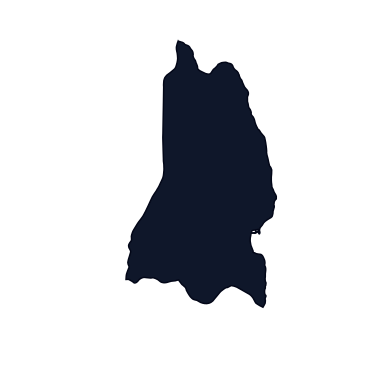 Bolungarvíkurkaupstaður, Vestfirðir, Iceland (Mercator projection), rotated 58°
{"feature_id": "244011B6311767935335", "entity_name": "Bolungarvíkurkaupstaður", "entity_type": "district", "adm_level": 2, "iso_a3": "ISL", "parent_name": "Iceland", "parent_adm1": "Vestfirðir", "projection": "mercator", "projection_center": [-23.321, 66.137], "detail": "fine", "context": "isolated", "style": "filled", "palette": "ink", "viewbox_px": 384, "rotation_deg": 58, "n_neighbors": 0, "source": "geoboundaries", "source_scale": "gbopen_adm2", "svg_char_len": 5743}
<svg xmlns="http://www.w3.org/2000/svg" viewBox="0 0 384 384"><g transform="rotate(58 192 192)"><path d="M327.3,192.9L327.2,192.7L326.5,191.4L326.0,190.5L325.1,189.0L323.9,188.0L322.6,187.1L321.5,186.8L320.6,185.9L319.8,184.8L319.4,184.4L318.7,184.2L318.1,184.5L316.9,184.2L316.1,183.9L314.7,183.1L313.5,182.2L312.3,180.7L311.0,180.0L310.2,178.9L308.3,177.4L307.4,177.3L305.8,176.8L304.0,175.8L302.8,174.8L300.1,173.1L297.6,171.1L296.2,170.2L294.6,169.5L293.3,169.4L292.2,168.9L291.3,168.1L290.4,167.5L289.1,166.9L288.2,166.6L285.9,166.2L283.9,166.0L282.5,166.2L281.4,166.7L280.8,167.4L279.4,169.1L278.1,170.4L276.8,171.1L275.9,172.0L275.5,172.2L275.2,172.2L274.9,171.8L274.6,171.5L274.1,171.4L272.0,171.0L268.4,170.3L265.7,169.2L264.5,168.7L263.8,168.3L261.8,166.9L260.3,165.5L259.5,164.8L258.6,164.1L258.3,163.7L258.9,162.5L259.1,162.4L259.2,162.2L259.7,161.3L260.4,160.5L260.5,160.1L260.6,159.8L260.6,157.6L260.3,157.6L260.4,159.9L260.4,160.0L260.2,160.1L260.0,160.3L259.7,160.3L258.9,162.0L259.0,162.0L258.9,162.1L258.5,162.8L258.1,162.8L257.9,162.7L257.6,162.6L257.3,162.5L257.0,162.3L256.8,162.0L256.7,161.6L256.7,161.3L256.7,160.9L257.1,159.8L257.5,158.7L259.5,158.8L259.5,158.5L257.8,158.4L258.7,155.8L261.6,157.1L261.8,156.7L261.6,156.6L261.8,156.3L262.3,156.7L262.3,157.0L262.6,157.3L262.9,157.3L263.2,157.1L263.2,156.9L263.0,156.5L262.2,155.8L261.1,155.4L260.5,155.2L260.0,154.9L259.3,154.3L258.8,153.7L258.3,153.0L257.3,150.0L256.1,147.6L255.6,145.4L255.4,142.1L255.5,138.6L255.2,137.1L254.3,136.0L253.0,134.7L251.3,133.5L248.3,130.2L247.3,129.6L246.2,129.4L245.7,128.9L243.8,127.4L242.9,125.8L242.5,124.2L241.9,123.8L240.3,122.8L238.6,122.5L238.1,122.5L237.0,122.5L235.3,122.4L233.0,121.9L230.5,121.7L229.5,121.3L228.2,120.6L225.8,119.5L224.0,118.5L221.3,116.8L218.8,114.9L215.5,112.7L212.9,112.2L210.9,112.4L210.3,112.2L207.3,111.2L204.1,110.0L201.9,109.3L200.5,108.9L198.1,107.9L196.8,107.0L194.3,105.7L191.7,104.5L189.2,103.4L186.9,102.5L184.4,101.6L183.1,101.5L181.2,101.8L178.3,102.2L176.6,102.2L175.1,102.2L174.4,102.5L173.3,102.8L172.0,102.6L170.5,102.5L169.4,102.3L168.6,102.2L167.3,101.9L166.8,101.8L165.6,101.4L163.8,100.8L162.8,100.6L161.1,100.4L160.6,100.4L159.6,100.6L158.2,100.7L157.3,100.6L155.8,99.6L154.8,99.3L153.2,99.0L152.1,99.0L151.3,99.1L150.1,99.0L148.8,98.5L146.9,97.7L144.6,97.0L142.5,95.7L140.7,94.6L139.3,92.7L137.9,91.7L136.5,91.3L135.0,91.2L132.6,91.6L130.9,91.8L129.9,91.7L128.5,91.5L126.3,91.2L123.6,90.6L121.7,90.8L120.9,90.8L119.9,90.6L119.0,90.5L117.7,90.0L116.7,90.0L115.7,89.7L113.9,89.8L112.8,90.1L111.3,90.7L109.4,91.0L107.9,90.9L106.6,90.6L105.5,90.6L104.5,90.8L103.6,91.3L101.9,93.0L100.5,94.0L99.8,94.7L98.7,96.8L98.0,98.5L97.7,101.0L97.6,102.2L98.3,103.6L98.7,104.9L99.1,106.6L99.3,108.4L99.4,109.0L100.3,111.0L101.1,112.6L101.3,113.7L101.3,114.6L101.0,115.3L100.3,116.2L99.5,117.0L98.8,117.7L97.7,118.4L95.5,119.8L93.7,120.9L92.3,121.5L91.2,121.8L90.4,121.8L89.7,121.5L88.3,120.8L87.4,120.6L86.0,120.3L84.9,120.2L83.8,119.9L82.8,119.6L82.0,119.5L80.8,119.6L80.0,119.6L79.0,119.5L77.7,119.2L77.0,118.9L76.5,118.6L76.1,118.2L74.9,117.6L73.9,117.2L72.7,117.0L72.3,117.0L71.2,117.1L70.3,117.2L69.5,117.3L69.0,117.3L68.2,117.2L66.8,117.4L65.7,117.9L64.8,118.6L64.4,118.9L63.4,119.7L63.1,119.9L62.5,119.9L61.6,120.1L61.2,120.2L60.1,120.8L59.2,121.6L57.8,122.8L56.8,123.8L56.7,123.8L58.1,125.6L58.4,125.9L59.6,127.2L60.8,128.4L61.4,128.8L62.8,129.6L64.3,130.2L66.5,131.0L68.4,131.9L70.1,132.8L71.2,133.4L72.5,134.4L74.2,135.9L75.7,137.5L77.2,139.2L78.0,140.5L78.4,141.4L78.8,144.0L79.3,147.7L79.4,149.3L79.6,151.5L80.2,153.3L80.7,154.5L81.6,155.7L82.6,156.8L84.2,158.0L86.2,159.4L88.0,160.4L91.7,162.8L100.7,168.6L112.1,176.0L122.9,183.0L126.8,185.5L130.1,187.7L132.1,188.9L142.1,194.8L142.8,195.2L148.6,198.6L150.6,199.8L153.8,201.3L156.0,202.6L157.4,203.4L158.9,204.4L161.9,206.7L163.2,207.8L164.7,209.4L166.1,211.5L167.2,213.2L167.7,214.0L169.6,216.9L170.7,218.9L171.1,219.8L172.2,221.8L173.4,224.6L175.1,228.1L176.3,230.0L177.5,231.9L180.6,236.6L182.3,239.3L183.9,241.8L184.8,243.4L185.4,244.4L186.5,246.4L187.3,248.3L188.2,250.6L189.0,252.8L189.8,254.7L190.8,256.7L191.2,257.5L192.5,260.1L193.8,262.6L194.8,264.0L196.4,265.9L197.6,267.0L198.6,267.5L200.5,268.6L201.0,269.2L201.5,270.0L201.9,271.3L203.0,273.3L203.9,274.2L205.0,274.7L206.0,275.0L208.3,275.1L209.8,275.4L210.5,275.9L211.3,276.8L213.6,279.4L215.4,281.5L216.6,282.7L217.7,283.7L219.3,284.4L222.0,284.9L222.8,285.6L223.4,286.5L224.5,288.0L225.6,289.4L227.0,291.1L228.4,292.3L231.2,294.3L232.1,292.7L232.5,292.1L233.1,291.7L233.3,291.6L234.6,290.9L235.9,290.2L237.1,289.7L238.3,289.3L238.8,288.8L239.1,288.0L239.2,287.3L239.2,286.6L239.0,285.8L238.8,284.8L238.2,283.1L238.2,282.2L238.2,280.6L238.5,279.2L238.9,278.0L239.9,276.7L240.7,275.7L241.9,274.1L243.0,272.7L243.4,271.9L243.8,270.8L244.5,270.0L245.2,269.4L246.1,268.7L247.7,267.7L248.4,267.3L251.0,266.4L252.1,265.9L253.2,264.9L254.0,264.0L254.6,263.0L255.3,261.4L256.1,258.6L256.7,256.7L257.7,254.7L258.5,253.0L258.9,251.4L259.6,249.9L261.1,249.9L263.3,249.7L265.1,249.5L266.5,249.0L269.3,248.2L270.1,248.2L271.2,248.4L272.4,248.8L275.6,249.0L278.1,249.0L279.9,248.9L281.8,248.5L283.3,248.0L284.3,247.3L285.2,246.5L286.5,245.2L288.2,244.3L290.2,243.2L291.8,241.9L293.4,240.2L294.5,238.5L295.2,236.7L295.4,236.0L295.6,234.4L295.4,232.1L295.1,231.2L294.4,229.2L293.4,226.1L291.9,221.7L291.5,220.1L291.2,217.3L291.1,215.6L291.1,214.1L291.4,213.3L291.8,212.4L291.9,211.1L292.1,208.5L292.6,207.8L293.8,206.5L295.1,205.4L296.4,204.4L301.9,201.4L305.6,199.4L309.1,197.5L310.4,197.0L311.6,196.7L313.0,196.5L314.4,196.4L316.0,196.5L318.6,196.7L320.0,196.7L321.7,196.0L321.9,195.9L324.3,194.7L325.8,193.8L327.3,192.9Z" fill="#0f172a" stroke="#020617" stroke-width="1.5"/></g></svg>